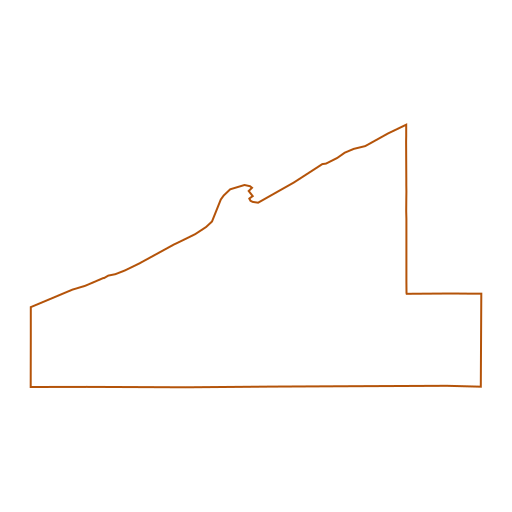 Erie, Pennsylvania, United States of America (Natural Earth projection)
{"feature_id": "52423323B98876913296061", "entity_name": "Erie", "entity_type": "district", "adm_level": 2, "iso_a3": "USA", "parent_name": "United States of America", "parent_adm1": "Pennsylvania", "projection": "natural_earth1", "projection_center": [-80.038, 42.059], "detail": "fine", "context": "isolated", "style": "outline", "palette": "amber", "viewbox_px": 512, "rotation_deg": 0, "n_neighbors": 0, "source": "geoboundaries", "source_scale": "gbopen_adm2", "svg_char_len": 899}
<svg xmlns="http://www.w3.org/2000/svg" viewBox="0 0 512 512"><path d="M406.2,124.7L388.1,133.4L365.2,146.1L353.7,148.9L344.7,152.7L337.3,157.9L326.0,163.6L322.3,164.1L293.7,182.6L277.9,191.5L258.1,202.7L252.7,201.9L250.5,200.8L249.3,198.6L249.5,198.4L252.7,196.1L248.7,191.0L252.0,187.8L250.0,186.2L244.5,185.0L230.2,189.3L223.7,195.5L220.8,199.5L212.0,221.5L206.1,227.0L195.1,234.2L176.1,243.5L174.1,244.4L141.2,262.4L140.2,263.0L124.8,270.5L115.3,274.2L108.3,275.6L104.0,278.1L103.4,278.0L85.2,285.8L72.5,289.6L30.8,307.1L30.8,308.0L30.8,328.0L30.8,337.3L30.7,387.0L87.0,386.9L114.3,387.0L185.9,387.3L270.9,386.6L333.0,386.3L446.9,385.8L480.8,386.7L481.3,293.7L474.1,293.7L451.9,293.5L406.7,293.8L406.5,293.0L406.4,281.2L406.4,218.8L406.2,211.2L406.3,199.0L406.4,191.6L406.3,184.9L406.3,180.9L406.3,178.5L406.1,141.4L406.2,136.2L406.2,124.7Z" fill="none" stroke="#b45309" stroke-width="2"/></svg>